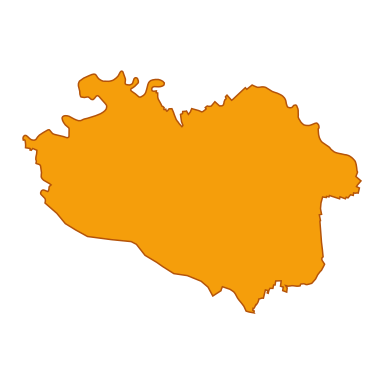 Me Linh, Vĩnh Phúc, Vietnam (orthographic projection)
{"feature_id": "81297802B91668671895601", "entity_name": "Me Linh", "entity_type": "district", "adm_level": 2, "iso_a3": "VNM", "parent_name": "Vietnam", "parent_adm1": "Vĩnh Phúc", "projection": "orthographic", "projection_center": [105.703, 21.181], "detail": "fine", "context": "isolated", "style": "filled", "palette": "amber", "viewbox_px": 384, "rotation_deg": 0, "n_neighbors": 0, "source": "geoboundaries", "source_scale": "gbopen_adm2", "svg_char_len": 5853}
<svg xmlns="http://www.w3.org/2000/svg" viewBox="0 0 384 384"><path d="M62.1,118.5L62.6,120.5L63.6,122.5L65.3,124.9L68.7,127.8L69.1,128.8L69.0,136.5L68.9,136.7L68.5,137.2L67.7,137.7L66.5,137.6L63.6,136.6L54.4,134.4L52.6,133.6L51.7,132.6L49.9,130.4L49.3,129.8L48.2,129.8L47.0,130.4L43.2,132.6L39.4,135.1L37.6,137.0L35.9,139.5L34.3,140.2L32.8,140.1L31.1,139.6L29.7,138.6L27.7,136.7L26.3,135.6L25.5,135.4L24.9,135.4L24.2,135.8L23.5,136.5L23.1,137.5L23.0,138.7L23.3,140.1L24.3,139.9L24.7,140.0L25.0,140.3L25.3,141.7L25.6,144.4L25.6,146.3L25.5,147.7L25.9,147.8L29.8,148.4L30.2,148.7L30.3,149.2L30.0,149.9L31.2,150.3L32.8,148.5L36.9,150.3L36.6,153.9L35.9,157.1L35.8,159.3L36.3,160.8L36.3,162.2L35.9,163.1L36.2,163.5L39.3,164.5L40.3,165.3L40.6,166.3L41.5,172.8L41.3,174.3L41.2,176.9L41.7,178.0L42.5,179.1L43.6,180.2L49.3,183.5L51.1,184.9L49.4,186.4L49.1,187.0L48.9,189.3L48.5,190.4L48.2,191.1L47.8,191.5L47.5,191.5L45.2,190.5L43.7,190.0L43.0,190.0L42.4,190.2L41.5,190.8L41.0,191.8L40.6,192.9L40.7,193.7L41.0,194.4L44.9,198.4L45.3,199.5L45.4,201.0L45.0,203.0L56.8,213.3L65.3,223.6L75.9,230.1L87.5,236.5L111.1,239.6L131.2,241.6L136.4,244.3L145.0,255.3L156.8,262.4L162.6,266.5L173.8,273.6L187.3,275.6L201.1,281.2L208.0,287.1L212.8,296.0L221.0,290.7L221.3,289.4L222.4,286.7L230.0,289.3L232.3,290.8L233.8,291.9L235.2,293.7L237.4,297.8L238.7,299.7L241.8,303.5L243.9,306.3L246.1,311.1L249.0,312.0L254.0,312.9L253.8,312.6L254.0,312.2L254.2,311.0L252.8,310.4L252.7,310.0L253.0,309.1L253.0,308.4L253.7,308.6L254.5,307.5L255.9,304.6L256.3,304.8L257.2,303.5L257.9,302.3L258.7,300.1L258.7,299.1L262.0,298.1L263.4,298.2L265.4,289.9L267.8,290.5L267.2,292.9L268.2,293.3L268.7,291.1L268.9,290.4L269.5,289.1L270.0,288.3L272.9,288.4L273.6,285.0L275.1,285.0L275.7,281.0L279.7,280.8L281.2,280.9L280.5,286.2L283.2,287.1L282.7,290.6L286.7,292.1L287.2,288.0L285.6,285.5L286.6,285.7L287.6,286.2L290.6,285.9L291.7,285.7L292.9,285.7L296.9,286.2L298.7,286.1L300.0,285.9L300.2,285.7L300.4,284.7L300.7,284.2L301.1,284.0L303.4,283.8L304.1,283.8L304.7,284.0L306.1,284.6L307.0,284.6L309.9,283.9L310.6,283.6L311.3,283.5L312.0,283.1L315.6,279.0L317.7,274.8L320.3,271.4L321.4,270.4L323.6,266.3L324.6,264.2L322.3,260.7L321.8,259.5L321.9,258.1L323.1,256.8L322.3,248.9L321.5,242.3L319.9,221.1L320.5,220.7L319.3,214.8L321.6,214.3L320.7,210.0L320.5,208.5L321.0,202.9L322.6,197.0L326.3,197.5L326.5,196.4L329.0,196.9L329.4,195.5L339.6,198.8L340.0,196.8L345.4,198.8L346.2,197.2L348.0,197.9L350.5,194.8L353.3,195.4L353.6,192.9L355.2,193.2L356.1,193.1L356.9,192.9L358.2,193.1L359.4,188.0L356.5,186.6L357.3,185.2L361.0,180.9L355.9,176.5L357.5,172.3L357.4,171.5L357.0,170.8L356.7,167.9L356.2,164.6L355.4,161.8L354.8,160.7L352.9,158.6L351.7,157.5L349.5,156.0L348.1,155.4L346.5,154.9L344.4,154.6L341.4,153.9L339.8,153.6L337.9,153.2L335.8,152.6L334.2,151.9L331.9,150.1L330.8,149.1L329.7,147.6L328.9,146.9L322.5,142.5L321.4,141.5L320.7,140.4L320.1,139.3L319.4,137.8L319.0,136.4L318.6,134.6L318.4,132.5L318.2,129.4L318.3,128.7L318.7,128.4L319.0,127.7L319.0,126.9L318.7,125.2L318.1,124.3L317.4,123.5L316.8,123.1L316.3,123.1L315.1,123.3L311.4,124.8L309.6,125.4L308.4,125.5L306.0,125.4L304.6,125.1L303.8,124.8L302.4,123.7L301.0,122.3L298.7,118.5L298.2,117.0L298.2,116.2L298.3,115.1L298.2,112.6L298.2,110.6L297.9,108.8L296.7,105.8L296.0,105.1L295.4,105.0L293.8,105.4L293.3,105.9L292.3,107.2L291.3,107.6L289.9,107.8L288.1,107.3L287.5,106.8L287.0,105.8L286.4,103.9L285.8,100.8L285.3,99.4L284.4,97.9L282.9,96.3L281.6,95.3L279.7,94.3L277.3,93.2L274.8,92.4L272.3,91.5L265.9,87.5L264.7,87.1L263.3,86.9L261.8,86.9L259.1,87.3L257.3,87.3L254.2,86.0L252.1,85.0L246.8,89.3L245.3,87.7L232.7,99.5L231.6,100.3L227.0,95.1L225.5,96.6L225.5,97.1L226.0,98.0L226.1,98.5L225.8,99.1L225.0,99.6L224.6,100.6L224.2,101.5L224.0,102.7L223.5,104.6L222.9,105.3L222.3,105.7L221.4,105.9L219.5,105.9L214.9,101.7L212.9,104.1L211.3,106.0L210.7,106.2L208.9,106.4L207.3,106.0L206.6,106.4L205.2,107.6L206.1,108.8L205.8,109.3L202.8,111.6L201.7,111.9L198.8,110.6L191.7,108.6L190.3,112.0L188.4,114.4L186.5,111.0L185.9,111.2L182.7,111.5L182.5,113.5L182.0,113.9L181.0,114.1L180.5,114.4L181.0,118.2L181.5,121.7L182.9,125.2L182.7,125.8L181.9,126.7L179.2,123.7L177.9,121.8L177.2,121.0L176.2,119.5L174.4,115.0L173.4,112.1L171.9,108.7L169.1,108.8L167.5,110.8L166.9,111.2L166.4,110.8L166.1,110.3L165.8,109.2L164.2,109.6L163.9,109.5L163.9,109.0L163.9,108.2L164.1,107.6L162.9,106.5L161.9,106.1L160.9,103.9L158.2,99.0L157.7,97.0L157.7,93.0L156.2,92.7L156.4,90.9L153.7,91.3L152.2,90.8L151.8,90.0L151.8,88.3L152.7,87.2L154.0,86.6L158.7,86.8L160.7,86.6L162.5,86.0L163.8,85.2L164.2,84.1L164.3,82.9L162.8,81.3L160.5,80.1L158.4,79.5L155.2,79.5L152.7,79.9L150.7,80.6L149.6,81.5L148.7,82.6L147.9,84.5L146.7,89.2L145.8,92.2L145.0,93.8L143.5,95.4L141.5,96.6L140.4,97.1L139.7,97.1L138.9,96.9L135.3,93.8L131.7,91.3L130.9,90.5L130.7,90.0L130.8,89.3L131.3,88.6L132.6,87.9L134.7,86.4L138.0,83.1L138.4,82.2L138.3,80.8L137.6,78.8L136.9,78.0L135.9,77.7L135.1,77.8L134.1,78.7L133.2,81.3L132.7,83.0L131.9,84.0L130.5,84.7L129.5,85.0L127.5,84.8L126.1,84.5L125.5,84.0L125.2,83.5L125.1,82.9L125.4,80.5L125.4,79.1L125.0,77.8L122.9,71.9L122.3,71.3L121.7,71.1L120.9,71.4L120.1,72.3L118.2,75.9L116.4,77.8L113.8,79.8L112.6,80.4L111.0,80.9L109.0,81.3L103.2,81.2L101.2,80.4L99.1,79.1L97.6,77.5L96.1,75.1L95.1,74.3L93.9,74.1L91.9,74.5L89.0,75.7L83.7,78.1L79.5,81.1L78.9,82.3L78.4,83.8L78.4,85.9L79.7,91.1L79.9,94.1L80.6,96.5L81.1,97.0L84.4,97.5L87.1,97.0L88.3,97.0L89.5,97.8L91.0,99.2L92.1,99.6L93.0,99.6L94.2,98.7L96.3,96.1L97.2,95.7L98.0,95.8L99.1,96.6L101.9,99.8L105.1,103.4L106.2,104.8L106.6,105.6L106.7,106.8L106.4,108.3L106.1,109.2L104.9,110.7L103.2,112.1L100.6,113.7L95.7,115.7L87.4,118.3L84.4,119.0L83.3,119.4L80.8,120.6L78.6,120.7L76.6,120.1L74.1,119.0L69.1,116.3L67.2,115.8L65.3,115.7L64.0,115.9L62.8,116.6L62.2,117.5L62.1,118.5Z" fill="#f59e0b" stroke="#b45309" stroke-width="1.5"/></svg>